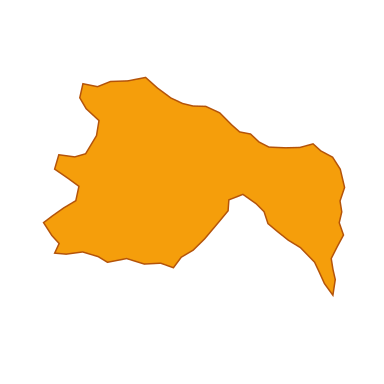 Diadema, São Paulo, Brazil (Albers equal-area conic projection), rotated 261°
{"feature_id": "56859067B95634505388778", "entity_name": "Diadema", "entity_type": "district", "adm_level": 2, "iso_a3": "BRA", "parent_name": "Brazil", "parent_adm1": "São Paulo", "projection": "albers", "projection_center": [-46.614, -23.698], "detail": "fine", "context": "isolated", "style": "filled", "palette": "amber", "viewbox_px": 384, "rotation_deg": 261, "n_neighbors": 0, "source": "geoboundaries", "source_scale": "gbopen_adm2", "svg_char_len": 1035}
<svg xmlns="http://www.w3.org/2000/svg" viewBox="0 0 384 384"><g transform="rotate(261 192 192)"><path d="M190.3,50.5L185.0,40.6L170.9,46.8L161.9,52.7L153.1,46.8L150.3,58.0L149.9,74.6L142.8,89.3L135.8,97.5L136.5,117.0L128.3,133.6L126.6,149.9L120.1,161.8L129.3,171.2L134.4,184.1L143.8,197.2L157.5,213.0L167.8,224.7L178.5,227.2L181.7,241.9L170.3,253.6L161.3,260.1L148.9,262.1L139.6,270.2L129.3,279.6L120.1,290.4L103.5,302.1L93.2,305.1L80.8,308.5L68.0,315.0L83.1,319.8L93.4,319.1L104.5,319.1L115.3,326.9L125.8,334.9L138.6,332.6L148.9,336.8L160.0,336.8L172.6,343.4L191.3,342.0L204.4,336.3L212.4,325.7L220.6,319.1L219.1,305.5L221.0,291.3L224.3,275.0L230.9,266.0L240.1,258.9L243.9,248.4L252.3,241.5L265.8,231.8L274.4,219.0L276.7,206.6L280.9,196.5L288.1,185.9L300.0,174.2L312.4,164.1L311.8,145.8L313.9,128.8L310.8,115.2L316.0,101.2L302.6,95.9L290.8,100.5L277.1,111.3L262.6,106.5L246.4,92.9L245.0,81.7L249.6,66.3L236.1,59.9L225.0,71.6L215.3,81.2L201.6,75.9L196.4,62.9L190.3,50.5Z" fill="#f59e0b" stroke="#b45309" stroke-width="1.5"/></g></svg>